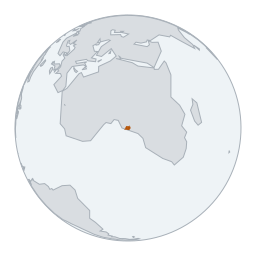 Nyanga on an orthographic globe, rotated 320°
{"feature_id": "GAB-2623", "entity_name": "Nyanga", "entity_type": "Province", "adm_level": 1, "iso_a3": "GAB", "parent_name": "Gabon", "parent_adm1": "", "projection": "orthographic", "projection_center": [11.138, -3.095], "detail": "fine", "context": "on_globe", "style": "filled", "palette": "amber", "viewbox_px": 256, "rotation_deg": 320, "n_neighbors": 0, "source": "natural_earth", "source_scale": "10m", "svg_char_len": 6474}
<svg xmlns="http://www.w3.org/2000/svg" viewBox="0 0 256 256"><g transform="rotate(320 128 128)"><circle cx="128" cy="128" r="113" fill="#eef3f6" stroke="#a8b0b8"/><path d="M75.7,28.2L74.2,29.1L70.7,31.1L69.8,31.8L74.0,29.5L68.3,33.4L66.0,36.4L64.5,37.7L59.8,40.3L57.6,40.7L51.6,45.4L56.6,41.9L52.5,45.7L52.3,46.3L53.2,46.0L55.1,44.4L53.9,45.8L48.6,49.5L49.6,48.3L51.3,47.0L50.2,47.4L46.6,50.5L44.8,52.6L41.2,56.2L39.9,57.8L38.4,59.7L40.7,56.8L46.7,50.0L53.3,43.7L60.3,37.9L67.8,32.8L75.7,28.2ZM40.7,56.8L36.5,62.3L35.7,63.5L40.7,56.8ZM16.8,110.0L16.7,110.9L17.7,106.0L18.8,103.0L17.6,109.5L19.2,103.4L19.2,106.3L22.1,105.3L21.6,106.9L23.9,114.1L28.4,117.0L29.4,121.7L28.7,124.7L30.7,125.4L30.7,127.4L40.4,129.8L46.8,134.5L47.6,141.4L44.2,149.6L45.6,166.6L40.6,172.5L42.4,179.3L43.8,189.4L40.4,189.0L44.5,193.7L45.2,196.8L43.9,197.2L46.4,200.6L45.5,200.8L48.0,202.9L50.7,207.4L54.7,210.9L57.7,214.4L60.4,216.4L60.0,216.4L60.7,217.2L62.2,218.3L59.2,216.7L53.7,212.2L51.4,209.8L50.8,209.6L45.3,203.3L46.2,204.7L38.6,195.5L33.7,187.6L23.2,165.2L21.4,160.8L19.2,156.2L16.8,146.1L15.6,135.4L15.4,124.6L15.7,120.3L16.6,111.7L16.8,110.0ZM23.5,86.0L22.7,88.5L22.1,89.7L22.5,88.6L22.8,87.9L23.5,86.0ZM65.5,220.2L60.1,217.4L62.5,218.6L60.7,216.7L64.8,219.0L65.5,220.2ZM61.7,215.3L61.7,214.2L62.7,214.7L62.9,215.6L61.7,215.3ZM237.7,102.3L237.6,101.8L239.1,109.7L239.6,112.8L240.3,119.9L239.9,115.2L239.5,112.5L238.3,105.4L235.5,94.8L235.5,96.2L234.2,92.2L230.4,83.5L229.6,85.4L229.3,95.1L231.2,105.6L230.2,110.0L224.0,94.3L220.2,84.3L218.5,85.0L211.6,76.6L201.3,75.4L199.3,72.9L197.5,73.9L192.5,71.3L189.3,67.4L186.5,67.6L195.0,78.0L197.9,78.0L199.6,74.2L201.5,77.9L206.2,81.6L202.9,90.5L186.8,98.4L184.4,90.6L167.6,70.2L167.6,68.0L167.5,67.8L167.3,67.3L166.6,70.8L163.5,67.1L173.3,80.8L175.4,86.9L186.6,98.8L185.8,100.0L189.1,102.6L198.8,100.0L199.0,102.6L195.0,114.9L180.8,131.8L182.2,143.8L180.4,154.1L170.5,160.8L170.3,168.9L165.1,171.7L164.1,176.3L159.3,181.2L151.6,185.9L139.7,186.1L139.8,181.9L135.1,173.8L128.9,154.4L132.8,145.5L132.1,138.7L123.4,124.1L125.4,115.9L122.8,112.6L117.7,113.6L114.7,109.7L111.6,109.8L91.2,113.7L84.6,109.0L75.6,94.2L78.9,87.9L78.8,81.1L101.2,57.6L106.8,58.4L125.5,54.9L127.9,55.6L126.7,60.4L141.5,66.1L145.1,62.0L157.5,65.3L165.2,65.3L166.2,56.4L153.7,56.2L150.6,52.0L159.9,48.5L170.7,49.5L169.8,47.9L162.2,44.3L163.9,41.7L159.4,42.9L161.8,44.4L159.1,45.3L156.8,44.0L157.5,43.1L154.0,42.4L151.6,47.6L153.8,49.8L145.1,50.8L147.9,54.6L145.8,56.4L140.4,50.7L140.3,48.7L130.7,43.2L130.0,45.4L139.0,50.8L136.6,50.4L135.7,54.0L134.4,51.0L124.8,45.0L116.5,46.8L107.2,56.1L102.1,57.3L97.1,55.9L99.1,47.1L110.4,45.6L111.3,42.9L107.8,39.7L111.6,39.7L111.5,38.3L115.7,37.8L120.4,34.4L124.5,33.9L125.2,30.3L127.4,29.6L126.3,31.9L127.8,33.4L137.7,33.0L139.3,32.2L139.0,30.0L141.8,30.4L140.2,28.4L145.4,27.7L137.7,27.0L137.2,24.9L139.7,23.5L138.1,22.8L134.0,25.2L133.6,26.4L135.5,27.5L133.2,31.3L130.0,32.0L127.2,28.0L122.4,28.9L122.3,25.9L133.4,20.4L138.6,19.7L149.5,22.1L149.0,23.0L144.8,22.5L149.7,24.6L148.8,23.6L151.1,24.2L151.1,22.8L152.8,23.1L150.0,21.4L152.0,21.7L153.7,22.8L155.5,21.5L159.4,22.0L159.0,21.6L157.5,21.0L163.4,22.4L162.8,22.1L160.7,21.5L158.2,20.5L156.1,19.5L158.3,20.0L159.3,20.4L164.8,22.4L167.2,23.8L167.9,23.9L166.3,22.9L159.6,20.5L157.8,19.7L161.0,20.7L159.7,20.3L159.4,20.1L161.2,20.5L157.7,19.5L155.3,18.7L163.2,21.0L170.9,23.9L178.4,27.3L185.6,31.2L192.5,35.7L199.1,40.6L205.3,46.1L211.1,51.9L216.4,58.2L221.2,64.8L225.6,71.8L229.4,79.0L232.7,86.6L235.5,94.3L237.7,102.3ZM94.6,68.7L94.2,70.7L94.6,68.7ZM183.0,55.6L188.9,56.4L184.7,51.0L186.7,51.0L184.5,49.2L184.4,50.6L179.0,46.1L181.0,44.9L179.4,42.8L177.4,42.5L174.6,45.5L182.4,51.7L181.7,53.7L183.0,55.6ZM22.3,105.2L22.5,106.4L21.9,106.6L22.3,105.2ZM21.2,92.3L20.9,93.2L20.7,93.6L21.0,92.8L21.2,92.3ZM23.4,91.1L23.9,91.5L23.1,92.2L23.4,91.1ZM22.6,89.1L23.1,91.0L21.5,93.2L21.4,92.2L22.0,91.3L22.6,89.1ZM27.5,77.2L27.3,77.5L27.5,77.2ZM52.9,45.5L53.2,45.2L53.7,45.3L52.7,46.0L52.9,45.5ZM60.4,42.0L58.4,44.4L59.2,43.0L57.4,44.2L56.8,43.2L63.6,38.3L60.6,40.6L60.4,42.0ZM57.9,40.9L57.5,41.8L57.7,41.0L57.9,40.9ZM107.3,32.4L109.1,33.0L108.1,34.5L102.9,36.1L104.4,33.8L107.3,32.4ZM111.9,33.6L110.5,29.7L113.7,28.9L112.1,29.9L114.4,29.8L112.5,31.5L116.8,34.8L116.1,36.5L107.0,37.9L110.4,36.4L108.4,35.8L111.9,33.6ZM101.6,24.4L101.0,23.5L108.5,22.7L108.2,23.6L103.0,25.0L100.4,24.7L101.6,24.4ZM90.7,21.7L88.8,22.4L87.7,22.8L85.7,23.9L82.0,25.4L83.5,24.6L79.1,26.8L78.9,26.7L76.3,28.1L79.0,26.6L90.7,21.7ZM113.5,16.3L114.5,16.2L115.8,16.0L119.0,15.7L120.4,15.8L117.6,16.0L121.2,16.0L118.0,16.3L118.7,16.3L116.7,16.7L115.5,17.2L113.9,17.4L114.1,17.6L112.8,18.0L112.5,18.3L109.6,18.8L109.0,19.4L107.9,19.3L107.7,20.2L106.6,19.8L104.8,20.5L106.9,20.5L91.7,24.1L86.2,26.4L82.3,28.7L80.8,28.3L83.5,26.0L88.4,23.3L93.9,21.4L92.2,21.7L94.3,20.9L94.8,21.0L95.4,20.5L97.2,19.9L101.6,18.6L101.4,18.6L113.5,16.3ZM130.2,53.8L132.0,53.9L134.8,53.6L134.2,56.0L130.2,53.8ZM123.6,49.7L125.1,49.3L125.8,52.2L123.9,52.2L123.6,49.7ZM125.5,46.8L125.2,49.1L124.2,47.9L125.5,46.8ZM127.7,31.6L129.4,31.2L129.7,31.7L129.1,32.6L127.7,31.6ZM130.7,17.1L129.1,16.9L129.5,16.8L127.8,16.3L130.0,16.2L131.9,16.5L130.7,17.1ZM164.4,57.9L162.5,59.5L161.2,58.7L162.1,58.3L164.4,57.9ZM147.9,57.5L151.9,58.7L147.7,58.2L147.9,57.5ZM132.8,16.9L131.9,16.7L133.6,16.8L132.8,16.9ZM131.5,16.1L133.4,16.2L130.1,16.1L131.5,16.1ZM191.0,210.3L190.5,211.8L189.4,211.8L191.0,210.3ZM196.9,153.0L188.0,171.0L183.5,170.9L183.5,165.5L187.4,154.5L192.9,151.6L195.9,146.8L196.9,153.0ZM240.5,133.2L239.5,116.6L239.9,117.3L240.5,123.3L240.5,133.2ZM231.6,106.7L233.5,113.3L232.7,114.2L231.6,106.7ZM150.5,18.0L150.4,18.6L151.8,19.5L154.9,20.4L150.5,19.6L148.3,18.2L150.5,18.0ZM139.8,16.3L139.6,16.4L138.2,16.2L139.8,16.3Z" fill="#d9dde1" stroke="#a8b0b8" stroke-width="1"/><path d="M128.8,127.4L128.8,127.5L129.0,127.5L129.2,127.8L129.3,127.8L129.2,127.9L129.1,128.0L129.3,128.2L129.3,128.3L129.5,128.4L129.6,128.5L129.4,128.9L129.4,129.0L129.5,129.0L129.4,129.2L129.2,129.2L128.8,128.9L128.7,128.8L128.5,129.0L128.4,129.0L128.2,129.1L128.0,129.6L127.9,129.6L127.7,129.4L127.7,129.2L127.4,128.9L127.0,128.7L127.0,128.4L126.9,128.4L126.8,128.2L126.7,128.2L126.4,127.9L126.2,127.7L125.8,127.4L125.7,127.3L125.8,127.3L126.3,127.1L126.5,127.0L126.5,126.9L126.6,126.7L127.0,126.5L127.8,126.3L127.9,126.5L128.1,126.6L128.2,126.8L128.3,127.0L128.5,127.1L128.6,127.3L128.8,127.4L128.8,127.4Z" fill="#f59e0b" stroke="#b45309" stroke-width="1.5"/></g></svg>